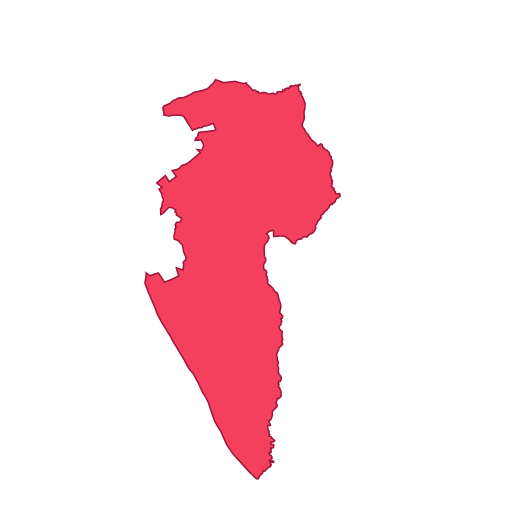 the district of San José, Caldas, Colombia, rotated 321°
{"feature_id": "7082276B53371478501914", "entity_name": "San José", "entity_type": "district", "adm_level": 2, "iso_a3": "COL", "parent_name": "Colombia", "parent_adm1": "Caldas", "projection": "albers", "projection_center": [-75.814, 5.065], "detail": "fine", "context": "isolated", "style": "filled", "palette": "rose", "viewbox_px": 512, "rotation_deg": 321, "n_neighbors": 0, "source": "geoboundaries", "source_scale": "gbopen_adm2", "svg_char_len": 6146}
<svg xmlns="http://www.w3.org/2000/svg" viewBox="0 0 512 512"><g transform="rotate(321 256 256)"><path d="M358.8,262.5L360.2,260.9L360.1,259.9L358.5,259.0L357.0,257.5L357.1,257.1L358.2,256.2L357.8,253.5L358.9,253.3L359.1,252.5L359.1,251.8L358.4,250.3L358.6,249.3L361.0,247.6L361.5,246.4L362.9,245.7L362.8,244.1L364.4,241.4L365.2,238.4L365.8,238.0L367.9,237.5L368.6,236.1L369.1,235.6L371.6,234.2L371.9,233.7L372.8,233.3L374.9,231.1L375.4,229.9L375.5,228.2L375.8,227.3L376.9,226.3L376.6,224.9L378.0,221.0L377.6,218.1L376.9,217.0L376.5,213.7L376.8,211.9L377.6,211.0L377.1,209.8L376.5,209.5L375.3,209.3L373.7,209.6L373.1,208.6L373.2,205.7L373.0,205.3L372.9,203.4L372.3,201.2L372.3,198.9L373.0,193.7L372.6,191.2L373.4,188.2L373.5,184.5L374.8,182.7L377.9,181.0L380.3,179.3L384.1,174.0L386.6,172.6L388.0,170.6L390.1,168.5L392.1,162.4L392.4,161.0L392.4,159.0L392.6,158.7L393.7,158.5L393.4,157.4L394.0,156.9L394.1,156.4L393.3,155.3L393.3,154.5L394.3,153.1L395.3,150.9L395.8,150.4L396.3,150.5L396.6,150.8L397.8,150.8L398.4,150.4L398.3,150.2L395.5,149.4L394.5,148.2L392.0,147.6L390.8,146.1L390.3,146.1L390.1,145.6L389.6,145.8L389.5,146.3L389.1,146.3L388.6,145.7L386.8,146.4L385.9,145.0L385.0,145.0L384.0,144.3L383.1,144.5L382.3,145.4L381.7,145.0L381.2,143.6L380.3,144.7L379.8,144.9L379.4,144.7L376.3,141.9L374.3,142.7L373.2,142.5L372.7,142.2L371.7,140.1L367.9,138.3L367.1,137.5L366.4,135.2L365.2,133.9L363.4,132.8L361.9,132.3L361.2,131.6L361.0,131.2L361.2,129.6L360.0,128.9L360.0,127.0L359.1,126.0L357.6,125.2L357.6,119.2L357.1,118.2L357.0,117.0L357.4,115.4L354.7,114.1L349.5,107.0L340.1,101.0L335.5,93.4L332.2,94.7L325.2,95.4L323.2,95.3L318.5,93.6L310.8,89.7L306.4,89.3L299.3,87.3L295.5,84.6L293.8,84.1L291.4,83.8L290.3,83.3L289.3,83.1L285.0,83.2L279.9,81.8L279.4,81.4L276.7,82.2L276.8,83.1L275.8,83.9L274.4,87.4L273.1,88.2L276.1,92.2L280.3,94.4L282.4,96.1L285.8,99.1L287.4,101.2L287.6,102.1L285.7,118.5L287.2,118.4L288.9,119.4L291.6,120.1L293.2,121.0L294.7,122.2L297.4,122.2L298.5,123.2L301.4,124.5L305.8,125.8L305.9,127.5L304.8,131.3L304.2,132.5L302.7,132.4L289.3,123.9L285.2,126.6L283.5,126.5L281.4,127.8L286.4,131.4L286.2,132.9L285.4,136.1L283.9,137.8L281.9,139.0L279.9,139.2L277.4,136.4L277.7,140.7L262.2,141.0L259.4,140.5L255.1,139.0L253.8,139.0L252.2,139.6L250.4,139.4L248.5,138.8L244.6,136.8L244.1,144.0L235.3,143.7L236.2,136.4L224.8,136.8L225.0,138.2L225.7,140.5L226.1,143.5L222.6,143.0L222.0,147.9L220.2,151.6L219.6,154.0L216.6,155.9L213.0,159.1L211.9,158.8L208.0,163.9L209.4,164.3L211.3,164.3L215.3,163.7L219.3,163.4L221.5,166.4L222.7,169.7L220.8,170.5L221.2,172.7L219.9,173.8L221.3,178.3L222.1,179.8L218.4,182.0L215.5,179.8L212.8,180.9L212.0,183.1L211.1,183.8L210.0,184.0L208.4,186.2L205.1,188.6L203.5,190.6L203.1,191.5L205.1,194.8L205.7,201.1L204.7,203.3L202.3,207.4L200.6,213.3L198.1,215.2L197.6,214.8L196.8,214.8L195.3,215.4L194.9,215.7L194.9,216.6L190.4,220.9L186.7,215.0L184.5,220.0L183.6,222.8L176.0,221.2L168.4,218.7L169.5,208.5L169.4,207.6L168.0,207.2L166.1,206.2L161.6,204.9L161.5,204.3L160.7,203.3L160.0,199.9L158.7,201.7L152.6,207.2L149.7,215.8L145.2,231.8L142.8,238.8L141.0,248.0L138.8,265.2L138.1,268.2L134.8,291.3L133.0,301.2L133.2,307.5L132.8,310.1L130.9,319.8L128.6,328.5L128.3,332.3L126.8,339.7L120.5,356.5L119.4,361.0L118.3,370.2L115.4,380.7L114.4,385.4L113.6,394.5L113.7,398.1L115.0,421.4L115.3,421.4L116.0,429.2L116.4,429.2L117.0,430.3L117.4,430.6L120.4,429.3L124.8,428.8L126.1,427.5L126.6,427.7L127.0,428.5L127.8,428.7L132.3,428.0L132.8,428.3L133.4,428.2L134.1,428.7L134.7,428.7L136.4,428.0L136.3,426.7L137.2,426.0L138.2,426.2L139.7,427.3L140.3,427.3L140.4,426.5L139.8,425.9L139.7,425.2L137.3,424.3L137.0,423.9L137.2,423.4L141.2,423.4L141.9,422.2L142.2,420.7L142.2,420.1L141.3,419.2L141.3,418.8L142.7,417.1L143.5,418.1L144.7,417.8L144.9,417.4L145.1,416.2L146.1,415.8L146.4,414.6L146.9,414.6L147.8,415.5L148.9,415.9L149.2,415.8L149.9,414.8L150.8,414.5L150.9,413.4L149.0,411.8L149.1,411.3L149.8,410.4L150.7,410.3L151.7,410.8L152.3,411.4L154.2,411.4L154.0,408.3L153.7,407.8L153.9,406.0L152.7,404.1L154.4,403.3L154.2,402.3L155.7,401.0L156.2,398.5L157.9,395.1L158.7,395.1L160.0,396.6L160.7,396.6L162.2,392.1L163.8,392.5L165.3,392.2L168.7,389.9L170.3,387.6L171.6,386.7L175.7,386.5L177.8,386.1L178.7,385.3L179.0,382.8L181.4,381.4L183.0,379.9L183.7,381.1L184.4,381.2L186.4,381.0L187.7,380.3L190.5,376.4L190.5,375.2L191.3,373.7L191.5,371.4L193.3,370.1L193.4,368.8L193.8,368.2L194.7,367.9L195.7,368.7L196.4,368.7L198.4,367.2L198.9,366.6L199.6,365.3L199.6,362.1L200.2,360.7L201.5,358.8L203.1,357.3L203.6,355.5L204.4,354.2L205.7,353.4L206.5,352.6L207.0,350.3L208.7,348.3L209.7,345.7L210.3,345.2L211.6,344.8L213.1,343.5L215.0,342.9L216.2,341.7L220.4,341.6L221.0,341.4L221.8,340.4L222.1,338.8L222.9,338.3L224.1,337.9L226.1,334.1L228.8,331.4L228.9,330.9L228.4,328.9L228.4,327.8L228.6,326.7L229.2,325.7L229.9,325.3L232.2,325.0L234.1,323.2L235.0,323.0L235.4,322.1L235.2,320.9L235.6,320.4L237.2,320.9L238.9,319.6L239.0,316.8L238.7,315.5L239.0,314.7L240.2,313.6L242.6,311.9L244.5,309.4L245.4,307.6L246.2,304.8L248.7,299.9L249.2,297.5L248.6,296.6L248.5,294.1L248.8,290.9L247.9,285.0L248.3,283.8L250.2,282.0L250.2,281.0L251.5,279.3L252.2,276.5L253.8,275.8L254.3,275.1L254.5,273.6L254.0,271.3L254.9,269.4L256.6,267.5L260.4,266.0L261.9,264.1L262.1,262.3L263.0,260.7L266.9,255.5L269.3,253.1L271.1,252.4L274.0,251.9L277.4,250.3L278.2,248.8L278.4,245.2L282.6,245.3L283.0,245.8L285.2,246.6L285.2,247.7L282.1,252.0L285.9,254.7L287.4,255.4L290.7,258.9L291.2,260.0L291.2,261.2L292.0,263.2L292.2,268.4L292.8,269.7L294.1,271.2L295.0,270.9L296.8,269.6L298.3,269.5L300.2,270.1L301.5,271.3L304.1,270.9L305.8,271.5L306.5,271.9L307.5,273.5L309.8,272.9L311.2,272.8L313.4,273.6L315.1,273.8L318.6,272.7L319.9,272.1L321.4,269.5L323.2,269.4L327.1,267.4L327.7,267.8L328.8,267.3L330.0,267.6L330.5,266.9L331.3,266.8L331.2,265.7L331.9,265.2L333.7,265.5L335.7,265.4L336.6,264.8L337.3,264.7L340.5,264.9L341.6,264.2L342.9,264.4L344.6,263.2L346.2,263.1L346.8,262.9L347.3,263.1L347.6,263.9L348.1,264.0L349.0,263.3L350.1,263.8L351.6,263.7L353.4,262.4L354.9,262.2L355.9,262.2L356.6,262.7L357.4,262.4L358.8,262.5Z" fill="#f43f5e" stroke="#9f1239" stroke-width="1.5"/></g></svg>